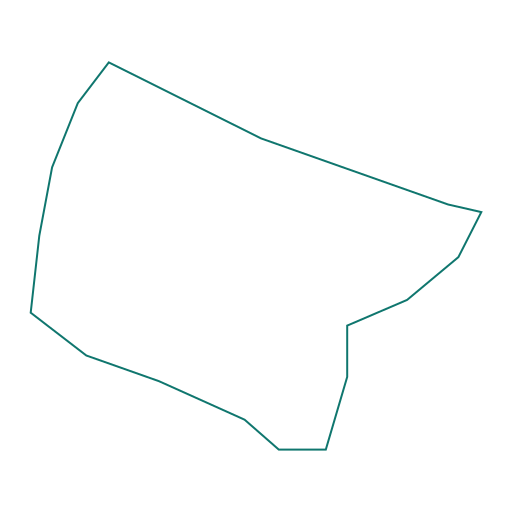 North East, Mercator projection
{"feature_id": "SGP-4874", "entity_name": "North East", "entity_type": "state/province", "adm_level": 1, "iso_a3": "SGP", "parent_name": "Singapore", "parent_adm1": "", "projection": "mercator", "projection_center": [103.929, 1.383], "detail": "fine", "context": "isolated", "style": "outline", "palette": "teal", "viewbox_px": 512, "rotation_deg": 0, "n_neighbors": 0, "source": "natural_earth", "source_scale": "10m", "svg_char_len": 336}
<svg xmlns="http://www.w3.org/2000/svg" viewBox="0 0 512 512"><path d="M108.8,62.4L261.0,138.4L448.1,204.5L481.3,212.1L458.4,257.1L407.1,299.9L347.2,325.6L347.2,376.9L325.8,449.6L278.8,449.6L244.6,419.7L159.0,381.2L86.3,355.5L30.7,312.7L39.3,235.7L52.1,167.3L77.8,103.1L108.8,62.4Z" fill="none" stroke="#0f766e" stroke-width="2"/></svg>